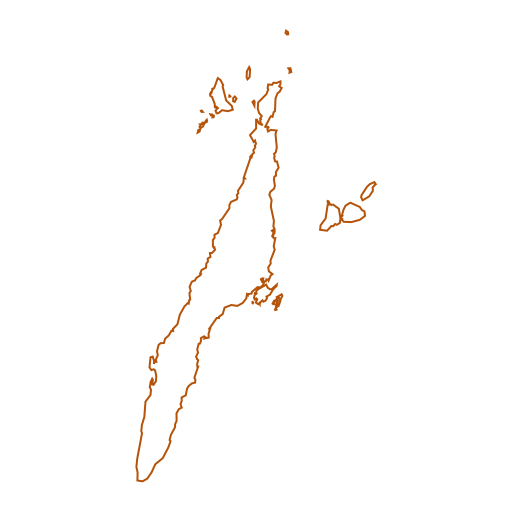 Cebu, Cebu, Philippines
{"feature_id": "2640588B97548260432831", "entity_name": "Cebu", "entity_type": "district", "adm_level": 2, "iso_a3": "PHL", "parent_name": "Philippines", "parent_adm1": "Cebu", "projection": "robinson", "projection_center": [123.887, 10.469], "detail": "fine", "context": "isolated", "style": "outline", "palette": "amber", "viewbox_px": 512, "rotation_deg": 0, "n_neighbors": 0, "source": "geoboundaries", "source_scale": "gbopen_adm2", "svg_char_len": 6057}
<svg xmlns="http://www.w3.org/2000/svg" viewBox="0 0 512 512"><path d="M280.4,81.4L276.4,83.0L273.4,82.7L272.2,84.8L268.2,84.5L267.6,88.3L268.3,89.3L266.4,94.2L258.1,102.5L257.8,109.0L259.2,113.2L261.8,116.1L260.1,118.5L261.0,119.3L260.2,120.3L260.6,123.0L262.7,125.2L258.8,123.4L256.9,119.7L256.1,119.7L256.1,128.5L250.0,135.1L253.7,141.9L255.0,140.5L256.0,143.8L254.8,145.8L255.3,147.4L253.3,150.3L254.0,152.8L252.3,154.2L251.7,156.8L251.1,155.9L250.9,155.8L250.1,157.0L250.4,158.1L243.9,177.2L244.9,178.4L243.7,178.4L243.4,182.5L238.0,190.8L238.3,193.2L236.8,195.0L237.5,197.5L236.8,199.4L231.0,201.9L229.4,205.0L229.4,208.2L222.1,219.0L220.1,220.5L221.0,224.8L217.9,233.0L214.5,234.7L214.6,237.9L212.9,239.9L212.9,246.2L213.7,247.7L214.4,247.3L215.0,249.9L211.9,253.0L209.9,253.1L210.5,256.9L207.7,258.6L207.9,261.7L206.3,263.5L206.0,267.7L201.6,270.0L200.1,273.6L201.0,273.9L200.5,275.1L196.2,278.1L195.1,280.3L192.0,281.6L190.9,283.6L189.6,287.0L190.8,291.0L189.4,293.1L190.2,299.6L189.2,300.2L188.7,303.6L187.7,303.1L184.4,306.5L179.9,314.5L177.4,324.3L173.0,328.8L173.2,331.0L171.5,330.6L168.9,335.3L165.2,338.6L163.9,343.0L160.6,343.2L158.6,344.9L157.0,351.3L157.8,355.3L155.7,359.8L156.4,361.8L154.4,362.0L153.9,364.0L154.1,361.0L152.7,356.6L150.5,357.3L149.5,367.3L151.4,370.1L153.6,369.3L155.1,370.3L156.3,376.2L155.9,381.3L153.5,384.8L150.4,383.8L149.8,387.2L151.0,389.7L150.5,395.0L145.5,401.6L144.3,417.1L141.9,424.9L141.3,431.1L142.0,433.3L137.2,458.9L136.4,466.9L137.6,472.5L137.4,480.5L142.6,481.3L147.3,478.6L151.5,472.5L155.3,464.2L162.7,458.2L168.3,447.5L170.6,441.1L169.6,440.0L170.9,434.9L175.0,427.3L175.1,424.3L176.6,420.8L176.5,413.3L178.8,409.2L181.7,407.6L180.5,404.1L181.7,401.2L181.6,397.5L185.8,395.2L187.0,388.8L188.7,386.0L191.9,383.4L195.1,382.6L195.4,379.9L194.4,377.7L198.1,366.7L197.4,366.8L197.1,364.2L198.2,360.2L197.1,359.2L196.1,356.7L198.0,352.6L197.2,349.4L198.7,343.8L199.8,343.7L200.9,341.4L200.9,338.1L204.1,336.3L205.3,337.1L204.5,338.5L208.7,337.6L208.6,333.6L210.1,328.7L209.4,329.2L209.1,328.9L216.7,318.0L219.0,318.0L219.1,316.6L222.7,314.1L224.6,307.6L231.4,305.0L237.4,305.9L242.8,302.9L246.3,298.4L247.0,294.2L247.9,295.1L248.0,294.1L251.5,293.6L251.9,292.0L257.4,287.2L260.5,287.3L262.9,285.2L264.0,282.7L262.4,282.2L260.9,279.2L262.3,278.4L263.0,279.2L263.4,277.5L262.9,281.3L265.9,281.3L266.2,280.2L266.6,281.1L266.5,280.0L268.4,279.2L268.7,280.3L270.6,275.6L272.5,274.1L268.9,271.4L268.2,267.5L270.7,263.5L270.5,260.5L274.7,249.7L273.7,246.3L275.3,238.1L274.0,238.3L272.8,236.9L274.0,236.8L272.8,236.5L272.8,235.0L273.2,235.0L273.7,234.4L273.4,233.7L274.5,232.9L274.2,232.5L273.2,233.8L273.1,234.9L272.7,235.0L273.7,232.5L271.9,230.7L274.3,229.2L274.6,232.1L274.6,228.8L273.4,226.8L273.9,220.8L270.8,206.4L271.6,200.0L269.3,194.7L270.4,191.8L274.0,188.7L274.9,186.1L273.9,179.3L274.4,176.6L276.0,175.7L275.9,172.1L278.6,167.7L277.0,161.5L275.1,161.4L274.1,157.6L274.7,156.2L274.0,153.8L275.7,152.5L276.8,147.6L275.5,134.0L276.6,130.5L270.6,129.9L268.1,131.5L267.3,129.1L269.0,126.6L267.9,127.4L266.4,126.1L265.7,127.0L265.2,126.8L270.2,117.2L271.1,116.1L272.5,116.8L273.7,112.1L275.0,111.1L275.5,98.4L277.5,93.3L279.7,91.6L281.7,87.9L279.2,86.4L280.5,83.9L280.4,81.4ZM350.3,202.7L345.5,205.7L343.5,209.7L341.9,215.5L342.2,215.8L342.4,215.6L342.5,215.7L340.4,218.0L338.8,208.7L333.2,204.7L327.7,204.5L325.6,218.5L320.6,225.2L320.1,229.8L327.1,230.7L331.4,226.0L333.2,226.2L335.1,224.0L336.8,224.8L339.9,222.9L340.4,218.0L342.3,219.0L341.9,219.8L343.8,221.8L351.4,222.1L359.9,219.8L365.0,215.9L364.5,211.4L361.9,210.0L359.7,206.9L350.3,202.7ZM214.9,107.3L216.5,107.6L216.2,107.3L216.1,106.6L217.7,107.8L215.5,110.8L216.6,113.3L218.5,113.1L222.1,110.2L227.9,111.2L232.8,109.7L231.7,105.8L226.2,100.5L222.6,86.5L223.2,85.2L220.5,80.0L217.8,78.1L214.2,88.0L212.6,88.7L213.5,89.8L212.4,89.3L211.4,93.1L210.7,92.6L210.0,94.3L210.4,96.0L212.0,96.8L214.7,103.8L214.9,107.3ZM276.8,284.6L271.7,289.1L270.1,289.3L267.7,287.7L266.2,284.6L257.8,289.5L256.7,290.6L257.1,291.3L256.5,290.8L256.4,290.9L256.2,293.5L255.4,293.2L254.0,292.9L256.2,293.7L254.6,295.2L254.0,297.9L254.8,299.5L256.3,298.4L257.2,299.3L255.8,302.5L258.3,304.2L259.1,303.3L259.7,304.2L259.7,303.1L260.3,304.3L259.6,302.9L262.5,300.3L263.3,301.7L265.5,300.7L267.1,298.0L266.5,296.6L269.9,294.7L273.3,289.1L276.6,286.0L276.8,284.6ZM374.9,185.0L374.0,185.3L375.1,184.6L375.1,183.9L375.6,183.9L374.4,182.1L369.8,184.1L367.0,186.8L361.5,195.2L361.1,197.2L362.6,200.3L369.2,196.4L372.9,190.8L372.6,187.5L374.9,185.0ZM281.6,294.3L277.3,296.8L278.9,297.6L278.9,298.6L277.9,298.5L278.0,297.2L277.6,298.9L276.2,297.3L277.5,298.9L275.3,300.3L275.3,300.5L275.5,300.5L275.9,300.6L274.1,300.7L272.2,304.4L274.6,301.9L273.7,304.2L276.7,304.5L277.2,302.7L276.2,301.4L277.8,301.2L277.5,303.7L278.8,305.3L280.7,300.2L280.0,300.8L279.8,300.7L282.4,295.9L281.6,294.3ZM249.2,67.1L246.9,71.3L246.6,77.3L247.5,79.3L249.6,77.1L250.1,69.1L249.2,67.1ZM234.8,96.5L233.2,98.0L233.1,101.2L234.7,101.9L236.5,98.5L234.8,96.5ZM202.4,122.6L202.1,124.0L200.2,124.3L200.9,124.9L199.5,126.7L200.3,128.3L203.1,126.4L204.6,122.7L202.4,122.6ZM254.0,100.7L252.5,102.0L254.4,105.7L254.6,101.4L254.0,100.7ZM286.1,30.7L285.5,32.9L287.0,34.5L288.2,34.3L288.0,32.1L286.1,30.7ZM152.2,378.7L150.7,381.9L152.5,382.7L152.9,379.8L152.2,378.7ZM289.5,72.7L291.3,72.0L290.4,68.2L288.4,68.4L289.8,70.4L289.5,72.7ZM200.1,129.5L198.3,130.1L197.7,132.6L199.6,131.5L200.1,129.5ZM206.8,119.8L205.6,120.9L205.3,122.7L207.1,121.6L206.8,119.8ZM212.7,115.1L212.4,117.4L213.6,117.2L213.9,115.6L212.7,115.1ZM278.5,305.9L277.5,303.9L276.3,306.0L277.4,306.1L277.2,306.8L278.5,305.9ZM211.8,113.6L211.7,114.8L210.5,114.4L210.9,115.3L212.1,115.2L211.8,113.6ZM276.6,309.6L275.8,307.7L275.1,309.6L274.4,310.3L276.6,309.6ZM327.7,201.0L327.6,202.1L329.6,203.6L328.6,201.3L327.7,201.0ZM201.7,110.5L200.9,110.8L201.5,111.9L202.8,111.9L201.7,110.5ZM229.4,95.5L229.3,96.7L230.4,96.5L230.2,96.0L229.4,95.5ZM252.5,301.0L252.5,303.2L252.8,303.4L253.1,303.0L252.5,301.0Z" fill="none" stroke="#b45309" stroke-width="2"/></svg>